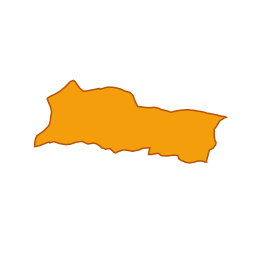 the district of Koubia, Mali, Guinea, rotated 59°
{"feature_id": "49546643B77076064318361", "entity_name": "Koubia", "entity_type": "district", "adm_level": 2, "iso_a3": "GIN", "parent_name": "Guinea", "parent_adm1": "Mali", "projection": "equal_earth", "projection_center": [-11.645, 11.768], "detail": "fine", "context": "isolated", "style": "filled", "palette": "amber", "viewbox_px": 256, "rotation_deg": 59, "n_neighbors": 0, "source": "geoboundaries", "source_scale": "gbopen_adm2", "svg_char_len": 3310}
<svg xmlns="http://www.w3.org/2000/svg" viewBox="0 0 256 256"><g transform="rotate(59 128 128)"><path d="M197.5,78.1L197.4,78.1L196.3,77.3L189.9,70.8L188.9,69.6L189.1,65.8L187.6,61.7L186.8,60.8L185.5,59.9L183.6,59.9L181.6,59.2L178.3,57.7L177.4,57.2L173.7,54.8L173.0,53.8L172.4,51.8L171.6,50.3L171.1,49.4L169.2,45.9L169.0,44.3L169.2,42.4L168.7,39.6L169.5,38.6L169.6,38.3L169.1,38.4L168.6,38.8L168.3,39.1L167.8,39.5L167.6,39.8L167.4,40.1L167.1,40.4L166.7,40.9L166.4,41.3L166.0,41.8L165.5,42.2L165.0,42.8L164.7,43.3L164.2,44.1L163.7,44.2L163.2,44.4L162.7,44.9L161.9,45.9L161.7,46.2L161.4,46.5L160.7,47.2L160.2,47.7L159.5,48.5L159.3,48.8L158.8,49.3L158.2,50.1L157.9,50.3L157.2,50.9L156.8,51.7L156.5,52.2L156.3,52.4L155.9,52.6L155.7,52.9L155.2,53.4L154.6,53.8L154.1,54.1L154.0,54.5L153.6,54.7L153.3,55.1L152.8,55.6L152.5,55.9L152.0,56.3L151.6,56.8L151.0,57.5L150.6,58.0L150.3,58.3L150.0,58.7L149.5,59.4L148.9,60.2L148.3,60.7L147.8,61.1L147.2,62.0L146.6,62.8L146.1,63.4L145.5,64.5L144.6,65.4L144.1,66.1L143.5,67.0L142.8,68.0L142.0,69.3L141.7,70.2L141.1,71.4L140.7,72.1L140.4,72.8L139.9,73.7L139.5,74.7L139.1,75.9L138.7,76.5L138.4,77.4L138.0,78.5L137.7,79.4L137.4,80.2L137.2,81.2L136.9,82.1L136.6,83.1L133.3,85.8L129.1,90.3L127.7,90.9L125.8,92.7L123.8,94.7L122.0,98.5L119.7,102.1L114.9,108.1L114.6,108.8L110.8,108.3L106.9,107.9L103.2,107.0L98.6,107.9L94.8,111.6L91.2,113.9L87.6,117.3L84.9,120.6L82.4,124.6L80.4,131.9L79.4,132.0L77.3,137.9L75.0,144.3L73.4,147.4L69.1,148.8L64.4,149.3L61.2,149.4L59.1,150.2L58.5,153.5L60.6,161.6L61.4,167.5L61.4,173.3L60.9,177.2L60.8,180.2L61.1,182.1L64.4,182.8L69.7,183.5L74.6,185.0L78.6,188.4L81.6,190.7L83.6,192.6L84.9,194.3L85.6,195.8L86.1,197.9L87.2,201.8L87.3,204.1L87.8,210.2L89.7,212.9L92.9,215.7L95.9,217.7L96.7,215.5L97.5,213.2L98.5,207.2L99.2,203.4L99.3,202.8L100.4,202.7L101.6,198.5L106.0,194.7L110.2,189.9L112.1,185.9L113.3,180.5L114.8,176.3L116.0,174.2L121.0,170.7L123.2,165.3L125.3,163.2L127.3,162.1L129.2,161.3L130.7,161.0L131.5,160.8L132.0,160.2L132.4,159.7L134.7,158.1L135.0,156.9L135.1,156.6L135.6,155.8L135.7,155.4L136.2,154.5L137.1,153.8L137.7,153.6L138.2,153.4L138.9,153.1L139.4,153.0L140.0,153.0L140.7,152.7L141.3,152.6L141.8,152.4L142.3,152.0L142.7,151.8L142.9,151.2L143.1,150.5L143.0,149.7L143.1,149.1L143.9,145.1L144.6,142.8L146.8,140.0L150.3,136.1L152.5,129.7L153.0,125.7L155.5,120.8L156.5,119.4L157.4,120.6L158.6,121.8L161.4,124.0L161.8,123.3L162.2,122.7L162.4,122.3L162.8,121.4L163.1,120.6L163.3,119.8L163.6,119.1L163.9,118.5L164.0,117.7L164.5,116.9L164.7,116.3L164.9,116.0L165.1,115.6L165.5,115.2L166.0,114.8L166.4,114.6L167.1,114.3L168.2,114.0L168.7,113.7L169.3,112.9L170.0,112.1L170.5,111.4L171.2,110.3L171.7,109.7L172.0,108.9L172.5,108.0L172.8,107.2L173.2,106.5L173.5,105.4L174.2,104.4L174.5,103.6L175.0,102.7L175.3,101.9L175.8,101.2L176.4,100.4L176.8,100.2L177.3,99.7L178.1,99.5L178.8,99.7L179.4,99.9L180.0,100.0L180.9,100.3L181.2,99.9L181.8,99.8L182.2,99.5L182.5,99.4L183.0,99.3L183.3,99.1L183.8,98.8L184.3,98.3L184.7,97.9L185.2,97.5L186.0,97.1L186.8,96.6L187.3,96.0L188.0,95.2L188.9,94.2L189.4,93.5L190.0,92.3L190.5,90.8L191.2,89.5L191.4,88.5L191.6,87.5L192.0,86.1L192.2,85.3L192.7,84.4L193.3,83.5L193.8,82.5L194.3,81.9L194.9,81.1L195.6,80.5L196.5,79.7L196.8,79.7L197.2,78.5L197.5,78.1Z" fill="#f59e0b" stroke="#b45309" stroke-width="1.5"/></g></svg>